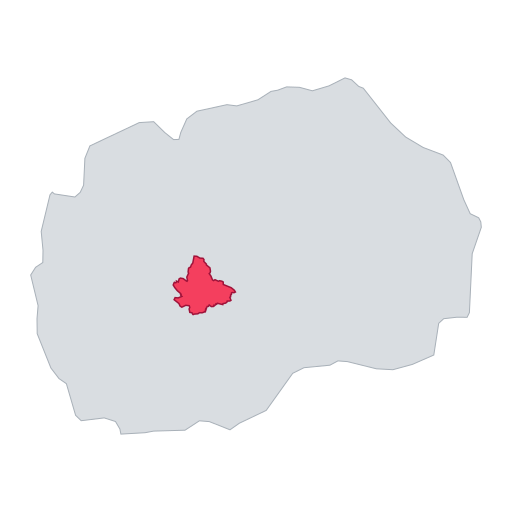 location of Dolneni, Dolneni, North Macedonia
{"feature_id": "65306769B25269203277023", "entity_name": "Dolneni", "entity_type": "district", "adm_level": 2, "iso_a3": "MKD", "parent_name": "North Macedonia", "parent_adm1": "Dolneni", "projection": "orthographic", "projection_center": [21.418, 41.482], "detail": "fine", "context": "in_parent", "style": "filled", "palette": "rose", "viewbox_px": 512, "rotation_deg": 0, "n_neighbors": 0, "source": "geoboundaries", "source_scale": "gbopen_adm2", "svg_char_len": 2382}
<svg xmlns="http://www.w3.org/2000/svg" viewBox="0 0 512 512"><path d="M227.1,104.7L236.8,105.9L257.9,99.8L271.0,91.4L277.7,90.2L286.6,86.9L299.4,87.3L312.4,90.8L328.9,85.9L345.0,77.9L351.6,79.8L358.7,86.4L363.3,88.2L390.7,123.0L405.6,137.0L423.2,147.5L443.2,155.1L450.5,162.5L463.8,199.7L470.2,213.7L478.7,217.8L480.8,221.9L481.3,227.3L472.2,253.7L469.4,312.6L467.1,317.3L457.0,317.2L443.7,318.7L438.7,323.3L433.8,355.0L412.4,364.4L392.9,369.7L376.4,368.8L347.4,361.6L337.9,360.9L329.9,365.2L304.0,367.7L292.7,373.3L266.2,410.4L239.2,423.3L230.0,429.8L209.3,421.6L199.4,420.8L185.0,430.2L153.6,431.1L145.1,432.7L120.9,434.1L119.9,429.0L115.5,421.5L104.2,417.9L81.2,420.7L75.6,415.3L66.4,383.7L59.0,378.6L50.9,368.0L37.2,333.7L37.0,318.7L38.1,305.7L30.7,275.0L35.6,267.3L42.8,262.5L43.0,250.2L41.2,231.4L50.0,194.8L52.3,192.1L54.4,193.9L74.9,197.0L80.2,192.4L83.6,185.2L84.9,158.3L89.9,145.9L139.2,122.6L153.7,121.7L164.8,132.6L173.6,139.6L178.9,139.4L180.8,132.4L186.8,118.9L196.9,111.2L226.8,104.7L227.1,104.7Z" fill="#d9dde1" stroke="#a8b0b8" stroke-width="1"/><path d="M194.1,256.1L192.8,263.0L191.3,264.9L190.5,267.2L189.2,267.6L188.5,268.5L188.1,272.0L188.6,273.2L186.8,277.1L187.5,280.6L187.0,281.3L186.5,281.1L183.2,278.6L180.4,278.1L179.1,278.9L178.3,282.0L176.5,281.1L176.6,281.9L175.8,282.8L174.4,282.3L174.1,282.7L173.2,285.0L174.7,287.5L177.3,290.7L180.7,293.6L180.5,294.1L181.1,294.6L180.8,295.3L181.9,296.4L178.1,297.9L175.1,297.6L174.1,299.7L178.9,303.5L180.1,306.1L181.8,307.2L185.8,305.3L189.2,305.7L189.8,307.4L189.1,309.0L189.8,312.4L192.0,312.8L192.6,314.1L193.1,314.6L194.2,314.1L197.9,313.8L199.5,312.7L202.1,312.8L204.2,312.1L204.5,311.5L205.3,311.8L206.0,309.7L205.6,309.5L205.9,308.5L206.3,308.6L207.2,306.4L208.4,306.4L209.2,305.0L211.3,306.6L213.3,306.5L213.9,305.4L214.2,305.9L215.6,304.7L215.4,305.3L215.9,303.9L216.7,304.2L217.4,303.3L222.8,304.6L223.0,303.6L225.7,303.1L227.1,301.9L227.2,301.1L229.9,301.0L231.0,300.3L229.8,297.3L230.6,296.8L230.6,294.9L231.4,294.5L231.5,292.9L232.1,292.5L234.0,292.7L235.4,292.0L234.3,290.2L231.2,287.7L223.3,284.5L223.2,282.0L221.9,281.2L219.4,280.7L218.5,281.3L215.0,279.7L213.6,280.6L212.5,279.9L210.9,276.0L209.2,273.6L210.1,272.7L210.5,271.2L209.9,267.8L206.4,265.0L206.4,264.1L203.8,261.4L204.0,259.6L203.0,258.3L199.9,258.1L196.9,256.3L194.1,256.1Z" fill="#f43f5e" stroke="#9f1239" stroke-width="1.5"/></svg>